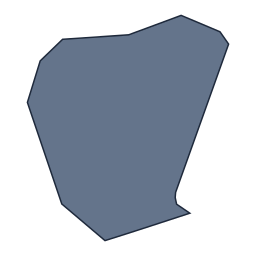 the district of Jenkins, Georgia, United States of America
{"feature_id": "52423323B65299920660671", "entity_name": "Jenkins", "entity_type": "district", "adm_level": 2, "iso_a3": "USA", "parent_name": "United States of America", "parent_adm1": "Georgia", "projection": "natural_earth1", "projection_center": [-81.944, 32.78], "detail": "fine", "context": "isolated", "style": "filled", "palette": "slate", "viewbox_px": 256, "rotation_deg": 0, "n_neighbors": 0, "source": "geoboundaries", "source_scale": "gbopen_adm2", "svg_char_len": 312}
<svg xmlns="http://www.w3.org/2000/svg" viewBox="0 0 256 256"><path d="M228.6,44.1L220.0,31.8L181.1,15.4L128.7,34.8L62.6,39.3L40.2,60.9L27.4,102.4L28.9,106.9L61.8,204.0L105.0,240.6L135.5,230.9L189.8,213.2L176.6,204.2L175.2,197.6L175.6,192.4L228.6,44.1Z" fill="#64748b" stroke="#1e293b" stroke-width="1.5"/></svg>